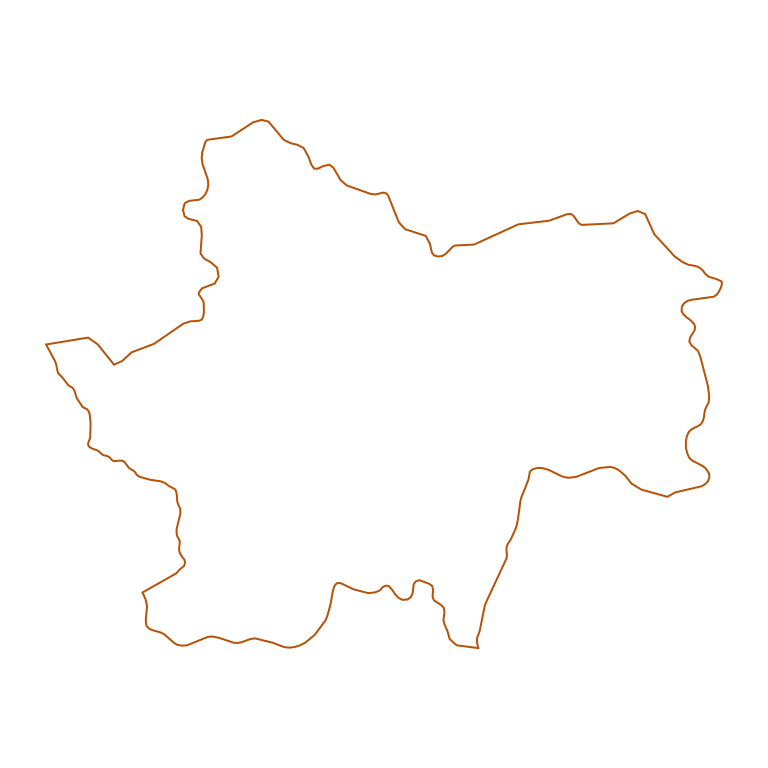 the Metropolitan department of Saône-et-Loire
{"feature_id": "FRA-5339", "entity_name": "Saône-et-Loire", "entity_type": "Metropolitan department", "adm_level": 1, "iso_a3": "FRA", "parent_name": "France", "parent_adm1": "", "projection": "mercator", "projection_center": [4.488, 46.664], "detail": "fine", "context": "isolated", "style": "outline", "palette": "amber", "viewbox_px": 768, "rotation_deg": 0, "n_neighbors": 0, "source": "natural_earth", "source_scale": "10m", "svg_char_len": 4275}
<svg xmlns="http://www.w3.org/2000/svg" viewBox="0 0 768 768"><path d="M114.0,364.7L122.2,361.0L131.6,352.3L153.9,343.9L183.3,323.7L190.2,321.4L199.4,320.7L201.7,319.6L203.2,316.7L203.9,312.7L203.7,302.5L203.4,301.3L198.9,294.4L198.8,292.6L202.0,288.3L214.6,283.6L218.6,276.9L217.1,267.7L210.9,262.4L204.0,258.5L200.5,253.4L201.8,235.3L201.2,226.9L197.1,221.0L188.1,218.7L184.5,216.2L183.0,209.9L184.7,203.2L189.1,200.9L199.3,199.7L202.6,197.5L205.4,194.2L207.4,189.8L208.3,184.6L207.7,179.0L202.4,163.7L201.7,157.9L202.2,152.5L205.3,142.1L207.3,139.8L231.4,136.5L253.0,122.4L261.6,119.9L268.5,121.6L283.5,139.6L290.6,143.2L297.5,144.8L303.7,148.1L308.5,156.8L311.4,164.8L314.1,168.6L317.8,168.7L323.4,166.0L329.5,164.7L333.5,167.9L340.7,180.3L346.8,185.5L371.0,194.0L375.6,194.4L383.3,192.6L385.7,193.1L388.0,195.3L398.9,222.4L405.1,229.2L425.7,235.9L429.9,243.7L431.9,252.6L433.9,255.3L437.7,256.5L442.2,256.0L445.7,253.9L452.4,247.0L453.9,246.0L455.3,245.5L473.9,244.6L518.4,224.3L549.1,220.7L567.0,214.2L571.0,214.0L573.7,216.0L578.8,223.4L581.8,224.9L613.5,223.3L629.9,213.4L637.8,211.0L645.2,214.1L654.2,234.1L674.5,256.3L682.3,261.9L688.6,264.9L693.2,265.5L698.4,266.9L702.4,270.0L705.7,274.3L708.8,276.8L716.6,279.1L721.7,281.5L721.9,284.5L720.8,287.7L719.2,291.1L717.1,294.4L713.9,296.7L691.4,299.8L687.3,301.0L684.0,303.3L681.9,306.6L681.6,311.2L683.6,314.6L686.6,317.4L690.3,320.0L694.1,323.8L695.2,327.2L694.5,330.5L690.2,337.2L689.3,341.6L691.3,345.1L698.1,351.0L700.5,357.4L707.9,386.0L709.2,395.8L708.7,402.4L706.8,405.8L705.2,409.3L704.4,413.1L703.9,417.6L702.8,421.1L700.9,424.2L697.8,426.2L691.3,429.4L688.8,432.0L686.9,436.1L685.9,441.0L685.9,447.9L687.2,453.1L689.0,457.3L690.8,459.4L692.6,460.8L702.7,466.0L706.0,468.8L709.1,473.5L709.3,477.7L707.8,481.6L704.9,484.4L701.5,486.3L675.2,492.4L667.4,496.8L641.4,489.6L631.6,483.7L625.1,475.5L618.6,470.0L614.2,467.8L610.1,466.9L599.0,468.0L576.4,476.8L568.1,477.8L562.2,476.5L548.5,469.8L542.9,468.2L538.1,467.8L533.2,469.0L531.0,470.5L529.8,472.0L529.7,472.6L528.9,477.5L528.4,479.6L526.1,485.4L525.4,487.5L521.5,496.9L520.9,499.0L520.4,501.1L517.9,519.5L517.0,524.2L515.7,528.5L510.8,539.4L507.7,544.1L507.0,545.9L506.5,547.9L506.5,549.9L506.8,553.8L506.9,555.8L506.6,557.8L505.9,559.7L486.0,602.5L484.7,606.1L479.6,631.4L477.4,637.2L476.9,639.4L477.1,642.4L477.4,644.2L478.3,648.1L456.7,645.3L449.7,639.1L447.5,631.3L444.2,623.5L443.4,619.9L444.5,612.4L443.8,607.8L441.3,605.1L434.0,600.4L432.7,597.5L432.7,594.0L433.2,590.5L432.3,586.1L429.4,583.9L419.5,580.2L415.8,581.4L413.9,583.7L413.3,587.2L413.0,590.8L412.4,594.1L410.7,597.2L407.5,599.5L402.3,599.8L398.5,597.9L395.1,594.2L392.6,590.4L388.6,585.8L385.3,585.8L382.3,587.4L379.9,590.4L375.1,592.4L368.2,593.1L353.8,589.4L340.1,582.9L337.0,583.2L334.9,585.2L333.7,588.2L332.8,591.3L330.5,604.2L327.5,615.4L325.8,619.9L314.9,634.7L305.3,642.7L299.4,645.5L294.9,646.9L290.8,647.6L287.3,647.5L283.9,647.0L272.6,642.7L255.0,638.4L250.5,639.0L240.9,642.4L237.0,643.0L233.6,642.7L218.6,637.7L212.1,636.5L207.8,636.9L186.8,645.4L181.2,645.6L176.9,644.7L173.8,642.7L164.4,634.4L160.7,632.5L152.0,630.0L148.8,628.3L146.6,626.0L145.9,623.0L145.8,619.5L147.0,606.8L147.0,606.0L146.8,605.0L145.6,599.4L142.5,592.5L176.3,573.3L179.9,569.4L184.2,565.7L184.6,564.2L184.9,562.5L184.8,560.9L184.3,559.7L183.7,558.7L182.5,557.4L181.2,555.4L180.2,553.6L179.5,551.7L179.1,549.7L179.1,547.4L179.6,544.4L179.8,541.9L179.3,540.0L178.6,538.4L177.6,536.9L176.9,535.4L176.6,532.7L176.6,529.1L180.2,514.3L180.4,511.8L180.3,509.4L179.4,506.9L178.5,505.1L177.7,503.2L177.2,500.6L177.0,497.0L176.5,492.9L175.8,490.6L174.9,489.3L173.9,488.6L169.1,486.1L164.7,482.9L161.0,481.4L149.9,479.7L139.4,476.7L137.9,475.8L136.6,474.6L135.2,472.3L134.5,471.5L129.0,468.0L125.0,462.7L123.5,461.2L121.7,460.6L119.8,460.6L114.3,461.2L112.6,460.5L111.4,459.5L110.2,458.1L109.0,456.9L107.3,456.1L103.4,455.2L101.9,454.3L98.6,451.2L97.6,450.5L91.7,448.4L88.9,446.5L88.1,444.5L88.3,442.6L89.8,438.9L90.2,436.7L90.6,422.9L89.6,413.9L88.5,411.0L87.1,409.3L82.7,407.1L76.6,397.9L74.8,391.6L73.3,388.7L71.5,387.0L69.6,386.2L68.2,385.1L64.0,379.6L63.0,378.2L58.2,373.2L57.4,370.6L56.3,365.0L55.2,361.5L46.1,344.5L88.0,337.6L97.8,344.4L114.0,364.7Z" fill="none" stroke="#b45309" stroke-width="2"/></svg>